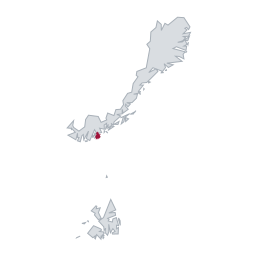 location of Hasvik nor, Finnmark, Norway, rotated 181°
{"feature_id": "86288312B50454164159248", "entity_name": "Hasvik nor", "entity_type": "district", "adm_level": 2, "iso_a3": "NOR", "parent_name": "Norway", "parent_adm1": "Finnmark", "projection": "orthographic", "projection_center": [22.251, 70.523], "detail": "medium", "context": "in_parent", "style": "filled", "palette": "rose", "viewbox_px": 256, "rotation_deg": 181, "n_neighbors": 0, "source": "geoboundaries", "source_scale": "gbopen_adm2", "svg_char_len": 4969}
<svg xmlns="http://www.w3.org/2000/svg" viewBox="0 0 256 256"><g transform="rotate(181 128 128)"><path d="M155.0,133.2L149.4,135.7L150.2,137.5L148.6,142.6L142.3,140.2L140.4,146.2L135.9,146.6L132.9,151.2L133.6,155.2L129.0,162.6L124.9,163.9L123.6,172.5L118.9,179.4L120.7,180.9L120.1,184.7L110.8,188.5L107.6,207.7L110.6,212.0L107.2,215.1L106.8,224.4L101.8,228.9L100.5,235.6L96.6,232.2L96.4,226.1L92.9,233.3L89.8,231.6L80.4,239.6L74.0,239.3L67.8,230.2L69.1,227.5L71.2,229.6L72.9,228.7L70.7,227.1L74.5,223.2L67.2,224.7L69.1,220.8L74.2,220.4L71.9,219.2L74.9,216.1L79.8,214.5L75.2,215.0L68.3,220.6L69.8,216.3L72.3,216.6L70.4,212.6L73.6,210.9L70.8,210.7L71.4,206.6L81.1,210.1L84.4,208.2L72.3,205.2L74.2,202.6L73.3,198.1L78.2,200.5L81.8,200.6L75.1,195.6L90.3,193.5L83.9,192.0L88.7,189.2L93.0,192.9L91.5,189.2L94.4,185.2L104.1,188.7L108.2,183.8L101.0,187.6L99.1,185.1L110.1,173.8L114.7,173.3L116.9,171.1L113.4,171.2L118.3,164.8L117.5,163.2L123.0,161.9L119.1,162.1L120.1,157.9L124.4,153.5L129.8,153.3L126.0,152.1L128.4,149.2L130.7,151.8L131.2,150.1L128.1,146.7L133.2,142.8L134.1,146.6L134.1,142.0L139.4,141.3L135.5,139.9L142.0,133.9L142.8,130.6L144.9,132.4L144.1,130.5L148.2,127.4L147.8,131.4L150.5,126.0L149.5,132.3L151.9,130.5L151.6,126.4L156.4,127.3L154.3,123.1L158.9,121.6L161.4,125.7L166.0,114.8L169.5,116.7L167.4,124.2L172.0,115.5L172.6,120.7L173.9,119.6L175.5,113.4L178.3,114.3L176.9,117.6L178.2,117.5L178.4,121.9L179.9,115.3L187.9,119.8L180.6,122.8L184.3,126.6L188.8,127.0L182.5,134.4L183.3,129.6L182.4,127.6L177.0,124.0L171.3,128.4L170.5,135.8L167.7,140.1L158.0,139.0L155.0,133.2ZM146.6,20.4L149.2,23.2L148.6,27.4L150.1,25.3L150.5,28.8L155.7,34.4L150.9,38.0L144.0,56.3L138.8,45.9L145.7,42.7L139.4,43.3L138.9,40.5L146.8,37.3L145.3,36.3L146.2,34.7L142.0,33.7L141.5,36.8L138.1,38.2L135.7,30.3L137.8,30.6L137.6,27.0L135.8,28.4L136.0,21.9L141.7,21.7L142.0,22.8L139.1,24.4L141.4,27.1L143.7,23.0L145.6,31.4L145.4,23.8L146.6,20.4ZM153.1,16.4L157.5,20.9L158.7,16.5L159.3,17.0L159.0,19.5L161.2,17.7L166.5,22.0L160.7,29.7L153.4,26.6L152.6,25.5L154.7,24.0L150.9,23.7L150.1,21.9L151.3,20.9L149.7,19.7L152.2,20.1L152.0,17.9L153.0,19.0L153.1,16.4ZM156.1,35.9L160.0,40.5L159.3,42.2L163.3,44.5L158.7,49.6L157.8,49.2L158.4,46.7L154.4,47.7L156.1,42.9L153.2,37.1L156.1,35.9ZM132.7,139.3L135.8,138.0L126.5,142.4L131.4,138.6L132.2,134.2L134.8,132.0L132.7,139.3ZM138.1,131.4L142.1,131.4L137.1,134.4L138.1,131.4ZM142.2,129.2L148.0,125.2L144.8,129.6L142.2,129.2ZM134.0,30.5L135.7,35.7L135.9,37.9L134.3,35.2L134.0,30.5ZM130.5,134.4L130.7,138.5L127.6,137.1L130.5,134.4ZM161.5,117.0L159.4,119.9L156.5,118.7L159.9,118.1L161.5,117.0ZM161.9,119.1L161.0,122.4L159.8,121.5L161.9,119.1ZM122.7,142.2L126.0,141.8L122.2,143.9L122.7,142.2ZM177.4,17.5L173.9,19.1L177.5,17.3L177.4,17.5ZM169.9,31.4L172.4,31.8L168.8,32.8L169.9,31.4ZM167.8,114.5L169.9,113.6L170.6,114.3L167.8,114.5ZM163.3,118.2L162.9,120.0L162.3,118.4L163.3,118.2ZM151.8,123.1L151.7,124.9L150.9,124.2L151.8,123.1ZM148.9,78.1L148.5,79.8L147.8,78.4L148.9,78.1ZM167.2,34.5L166.0,34.3L165.9,33.7L167.2,34.5ZM108.1,173.4L108.5,175.0L106.6,174.3L108.1,173.4ZM148.1,122.6L149.1,123.3L149.7,124.4L148.1,122.6ZM150.5,17.5L150.8,18.7L150.2,18.2L150.5,17.5ZM95.6,184.4L93.3,184.0L95.8,183.7L95.6,184.4ZM91.9,186.0L90.7,187.0L90.5,186.3L91.9,186.0ZM121.6,144.2L120.4,145.5L121.9,143.3L121.6,144.2ZM69.8,213.1L69.1,214.9L69.5,212.3L69.8,213.1ZM116.6,163.3L116.3,162.1L116.9,162.3L116.6,163.3ZM184.6,124.9L184.5,126.3L184.4,126.1L184.6,124.9ZM117.0,164.6L115.7,164.6L117.3,164.3L117.0,164.6ZM113.0,166.6L112.9,167.8L112.4,167.3L113.0,166.6ZM71.4,204.8L70.5,205.8L70.9,204.9L71.4,204.8Z" fill="#d9dde1" stroke="#a8b0b8" stroke-width="1"/><path d="M159.2,117.5L158.9,117.8L159.0,118.0L159.1,117.9L159.1,118.1L159.3,118.2L159.2,118.3L159.4,118.7L159.1,118.7L159.0,118.9L159.1,119.0L158.9,119.1L158.9,118.7L158.6,118.7L158.7,118.8L158.5,118.7L158.8,118.4L158.3,118.0L158.2,118.3L158.3,118.5L158.2,118.6L158.0,118.4L157.9,118.0L157.7,118.4L157.9,118.6L157.9,118.8L157.9,119.0L157.3,118.5L157.2,118.5L157.3,118.6L157.4,118.8L157.0,119.0L157.0,118.9L156.5,118.8L156.5,118.5L156.3,118.8L156.5,118.9L156.5,119.0L156.4,119.0L156.5,119.0L156.5,119.3L156.6,119.5L156.7,119.3L156.9,119.5L156.9,119.3L157.1,119.2L157.6,119.2L157.3,119.5L157.0,120.1L156.9,120.3L157.0,120.3L156.8,120.5L157.4,120.5L157.4,120.2L157.6,119.9L157.5,120.3L157.6,120.5L157.8,120.4L158.0,120.1L157.9,120.5L158.1,120.4L158.1,120.2L158.3,120.4L158.5,120.4L158.6,120.1L158.7,119.8L158.8,119.9L159.0,119.7L158.9,120.0L159.0,120.0L158.9,120.1L159.0,120.3L159.0,119.8L159.3,119.6L159.3,119.4L159.7,119.2L159.6,118.9L159.4,118.9L159.6,118.7L159.4,118.4L159.6,118.2L159.1,117.8L159.2,117.7L159.2,117.5ZM158.0,122.4L158.5,122.6L158.8,122.5L158.9,122.2L159.0,121.9L158.9,121.5L158.8,121.8L158.7,121.5L158.6,121.9L158.6,121.6L158.4,121.6L158.5,121.8L158.4,121.8L158.3,121.6L158.1,121.8L158.2,122.2L158.1,121.9L157.7,122.0L157.9,122.0L158.0,122.4Z" fill="#f43f5e" stroke="#9f1239" stroke-width="1.5"/></g></svg>